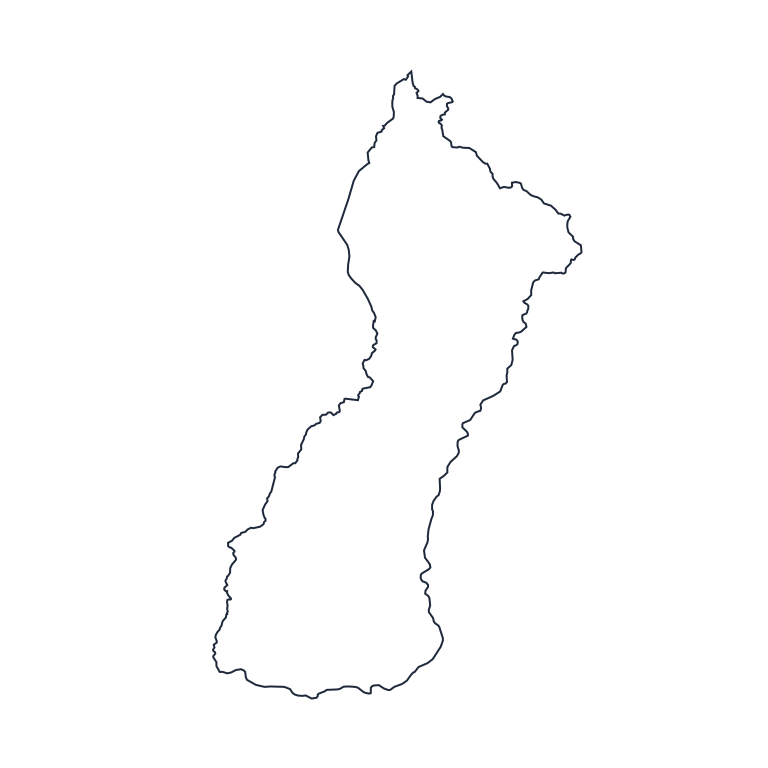 Naupan, Puebla, Mexico, rotated 169°
{"feature_id": "50627088B34357013751850", "entity_name": "Naupan", "entity_type": "district", "adm_level": 2, "iso_a3": "MEX", "parent_name": "Mexico", "parent_adm1": "Puebla", "projection": "orthographic", "projection_center": [-98.102, 20.238], "detail": "fine", "context": "isolated", "style": "outline", "palette": "slate", "viewbox_px": 768, "rotation_deg": 169, "n_neighbors": 0, "source": "geoboundaries", "source_scale": "gbopen_adm2", "svg_char_len": 6129}
<svg xmlns="http://www.w3.org/2000/svg" viewBox="0 0 768 768"><g transform="rotate(169 384 384)"><path d="M270.8,657.4L274.2,655.1L279.3,654.1L284.7,651.6L288.4,653.0L291.6,656.9L296.5,658.4L296.0,660.3L296.5,663.6L294.4,664.8L294.3,665.5L295.2,667.0L297.1,668.5L297.0,669.8L298.1,671.0L298.4,674.6L297.6,685.5L302.0,682.7L301.6,681.4L304.5,678.5L306.4,679.5L314.1,676.6L316.7,674.7L318.9,666.3L320.3,664.9L320.5,662.5L321.3,661.5L322.2,658.6L322.9,654.5L322.4,649.2L323.3,645.1L324.3,642.9L331.1,639.7L334.0,637.5L335.6,637.5L335.1,635.1L337.8,633.6L338.3,632.2L342.5,631.8L344.6,628.7L344.9,624.7L347.3,622.2L348.4,618.5L350.9,618.5L355.9,614.3L356.6,606.5L356.3,603.7L358.1,603.2L368.0,597.8L374.9,589.3L383.9,571.9L399.8,544.1L399.8,542.2L393.6,527.7L393.0,522.4L393.6,515.9L396.5,507.8L398.2,500.8L397.8,497.8L396.3,494.3L393.0,488.9L389.3,484.9L387.1,480.7L383.7,470.9L381.7,462.6L381.5,458.4L380.2,455.6L379.4,451.2L381.1,447.2L382.1,447.8L383.7,443.2L383.9,441.0L381.8,438.2L380.9,434.7L383.1,431.7L383.6,429.8L383.0,428.5L383.1,427.1L383.6,425.4L387.1,424.3L387.7,423.3L387.9,422.2L385.7,419.5L386.3,418.6L390.0,416.6L391.0,414.3L393.6,411.6L397.1,410.7L398.5,411.4L401.1,408.1L400.8,405.6L401.1,403.5L399.4,400.1L399.3,397.2L398.4,394.0L396.7,393.2L394.1,388.8L396.4,385.2L398.1,383.5L405.4,383.5L406.2,383.2L406.9,381.4L409.2,380.7L409.5,379.7L411.0,378.6L411.6,377.5L411.0,376.4L412.7,373.1L424.5,376.9L425.6,376.9L426.9,373.8L430.2,373.5L432.4,371.6L432.5,365.9L433.3,365.0L435.9,364.9L436.6,363.9L439.6,363.1L441.5,366.1L442.7,366.5L444.4,366.6L446.9,364.9L450.2,365.5L453.1,363.5L453.2,359.7L454.6,358.1L458.0,357.9L460.3,356.6L463.4,356.4L467.7,353.9L469.7,351.0L470.2,349.4L472.2,347.7L473.2,345.2L477.0,340.1L477.7,335.6L481.7,332.2L482.2,328.5L483.4,326.8L483.5,325.7L485.4,323.9L486.2,323.2L488.2,323.5L493.6,320.8L496.0,321.0L501.2,322.8L502.0,322.7L504.4,322.1L507.5,318.8L507.6,317.6L508.4,316.8L509.1,315.0L508.8,313.3L515.2,299.8L516.5,298.8L518.7,295.3L520.5,294.2L520.7,291.2L523.7,288.4L527.2,283.5L527.3,278.9L526.7,275.3L526.1,274.5L526.2,273.1L526.5,272.3L528.0,271.4L529.1,269.3L532.8,267.6L539.9,267.4L542.1,268.3L545.6,267.2L548.3,265.4L552.7,265.0L553.9,263.4L560.4,261.5L563.2,259.1L567.4,257.8L567.9,254.5L566.7,253.1L565.1,252.3L562.7,248.9L562.7,248.0L564.2,246.9L564.4,246.0L564.2,244.6L562.7,242.1L562.7,239.8L567.7,235.8L570.1,232.6L571.1,228.2L573.8,225.2L574.7,225.0L575.6,222.8L576.8,221.8L577.3,220.4L576.2,216.5L579.4,214.6L580.1,212.9L578.9,210.9L577.5,210.6L578.0,209.2L577.0,205.8L575.1,202.7L575.4,201.9L576.2,201.7L577.6,202.2L579.1,201.8L579.7,199.8L579.8,196.3L580.9,193.2L580.8,190.4L581.7,189.4L581.8,188.0L582.8,187.8L583.7,185.1L587.7,181.9L589.8,177.5L591.6,175.8L592.2,174.3L594.7,172.4L596.9,169.9L597.9,167.6L597.2,163.0L597.7,162.0L600.9,160.5L600.7,157.7L602.5,155.8L602.4,154.4L601.1,153.0L601.0,151.7L603.6,149.3L603.7,148.3L601.6,143.0L602.3,139.0L600.2,132.7L597.1,132.1L593.1,129.9L589.0,130.0L584.0,131.5L578.8,131.3L576.3,129.6L575.2,127.7L575.6,122.3L574.9,119.7L567.2,113.1L559.1,109.5L552.9,108.7L539.6,105.7L534.4,102.4L532.8,98.4L531.0,96.3L527.9,94.6L523.6,93.4L520.3,93.2L515.0,89.0L510.0,88.9L508.7,90.1L508.4,91.5L507.5,92.4L500.6,93.7L498.7,94.7L488.2,93.1L485.7,93.1L481.3,94.6L476.6,93.9L469.9,92.1L467.5,90.8L462.8,85.4L460.9,84.2L457.6,82.9L456.0,83.1L454.8,88.5L453.4,89.6L451.8,90.0L446.6,89.4L442.1,85.1L438.2,82.8L436.4,82.5L431.5,84.8L423.9,86.0L421.5,86.9L418.1,88.5L413.0,93.3L410.6,95.1L408.8,95.5L404.1,99.6L394.5,101.7L388.7,104.6L378.5,115.2L375.2,120.8L374.7,123.3L376.1,135.0L376.8,136.6L379.4,139.3L380.4,141.1L380.5,144.9L383.4,151.3L383.3,153.3L380.9,158.0L380.3,165.0L380.9,167.4L383.6,170.3L382.7,173.2L379.6,176.2L379.1,178.4L380.4,180.8L383.8,183.0L384.7,184.5L385.0,187.0L384.1,189.9L382.7,190.9L375.2,193.7L373.5,195.0L373.4,198.3L376.9,205.7L376.5,213.0L371.5,220.4L370.4,223.3L370.1,226.1L368.0,232.8L363.3,242.4L361.1,245.7L360.2,249.6L360.7,251.7L359.8,256.3L357.7,259.7L354.0,263.3L351.6,264.5L349.8,267.7L348.9,270.5L347.5,280.3L342.4,282.6L338.7,285.1L337.8,289.8L337.0,291.2L333.5,294.8L326.3,299.2L324.0,301.8L323.2,304.1L323.7,309.1L322.8,313.0L322.2,314.0L321.0,314.9L311.5,317.3L311.1,319.3L311.8,321.4L315.3,326.5L314.8,329.4L314.0,330.5L306.3,332.2L300.6,338.0L298.5,338.9L294.6,339.3L293.3,341.7L293.3,345.4L289.8,349.0L279.1,351.5L271.3,354.5L267.7,360.4L266.4,361.2L264.7,361.2L262.9,362.4L262.1,368.7L260.7,372.0L260.0,375.6L255.4,378.3L253.1,383.2L251.9,392.6L249.1,396.5L246.9,396.8L245.4,397.7L244.8,399.3L244.8,401.0L245.6,402.2L248.8,403.9L246.8,407.2L244.9,408.9L241.2,408.8L239.3,409.3L233.3,412.8L233.3,416.1L235.2,418.3L235.8,420.4L235.6,423.4L234.8,425.3L231.1,425.9L229.8,427.1L229.3,428.7L228.1,430.1L227.4,433.1L228.0,434.6L230.7,437.0L231.4,438.6L226.9,440.0L222.5,443.2L221.7,447.8L218.1,455.4L216.1,456.8L212.1,457.3L211.0,459.1L206.9,463.2L200.8,461.3L196.2,461.1L195.1,460.1L188.6,459.4L187.8,458.4L185.7,458.2L184.5,459.0L183.3,463.0L177.8,466.9L176.7,470.2L176.1,470.5L174.3,469.6L173.2,469.8L171.9,471.7L169.0,473.7L166.0,474.8L165.1,475.5L164.9,476.4L164.3,482.6L169.8,487.8L170.7,490.6L170.3,492.4L173.9,497.6L174.2,502.7L173.6,505.7L172.7,508.6L169.1,512.6L169.9,514.9L172.3,515.3L174.8,514.9L177.9,517.4L180.4,518.1L182.3,522.2L186.1,527.2L192.5,530.7L194.3,534.8L195.9,536.5L198.1,538.3L200.4,539.2L203.9,541.5L207.4,546.2L210.1,548.0L211.0,550.2L211.3,554.4L212.1,555.4L216.0,557.1L220.0,557.2L220.5,553.7L221.5,552.8L223.9,552.7L228.6,554.6L232.8,554.0L234.7,559.5L237.6,564.8L237.8,567.3L237.3,569.5L239.0,572.2L239.0,575.2L240.6,580.6L242.4,580.9L244.5,582.9L249.3,590.4L249.5,594.0L255.2,599.4L261.5,600.9L264.9,602.6L266.7,602.1L271.8,603.5L272.3,604.9L272.1,608.4L272.7,609.9L278.5,615.9L278.3,622.8L278.7,624.4L277.9,626.6L278.7,628.6L280.1,629.6L280.4,630.8L279.8,631.8L277.8,631.7L276.7,632.4L277.9,634.1L277.7,635.8L277.1,636.5L275.3,637.1L272.8,637.1L272.4,638.9L268.9,640.8L268.3,642.0L269.2,644.7L268.7,647.1L267.4,647.6L263.5,647.6L262.6,648.2L263.3,651.5L264.7,653.1L268.5,654.5L270.0,655.7L270.8,657.4Z" fill="none" stroke="#1e293b" stroke-width="2"/></g></svg>